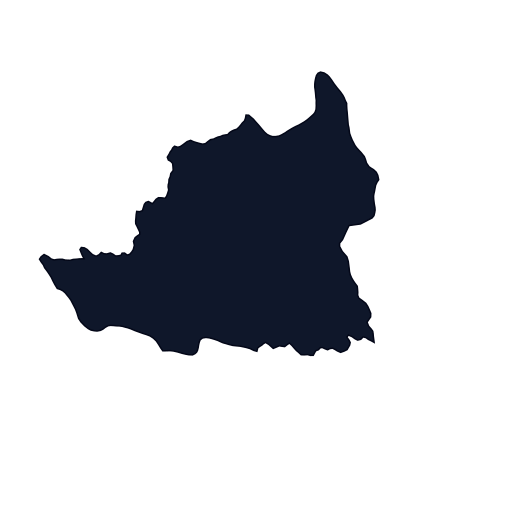 Guapé, Minas Gerais, Brazil (Equal Earth projection), rotated 138°
{"feature_id": "56859067B82067875224037", "entity_name": "Guapé", "entity_type": "district", "adm_level": 2, "iso_a3": "BRA", "parent_name": "Brazil", "parent_adm1": "Minas Gerais", "projection": "equal_earth", "projection_center": [-45.915, -20.744], "detail": "fine", "context": "isolated", "style": "filled", "palette": "ink", "viewbox_px": 512, "rotation_deg": 138, "n_neighbors": 0, "source": "geoboundaries", "source_scale": "gbopen_adm2", "svg_char_len": 4658}
<svg xmlns="http://www.w3.org/2000/svg" viewBox="0 0 512 512"><g transform="rotate(138 256 256)"><path d="M425.4,364.8L423.8,362.1L422.8,359.3L422.4,356.2L422.6,353.4L422.7,350.5L423.1,346.9L423.9,343.9L424.7,340.8L425.7,337.1L427.0,333.8L428.4,330.8L429.6,328.2L430.2,324.0L430.0,318.7L429.2,314.2L428.2,311.4L426.3,308.8L424.3,306.6L421.3,304.8L418.7,304.1L415.8,303.9L412.6,303.2L410.6,301.9L408.4,299.7L406.5,297.6L404.4,295.6L402.3,293.1L400.8,290.7L399.3,288.5L397.6,285.4L395.9,281.7L393.5,277.2L391.9,274.2L390.0,271.0L388.2,267.5L387.2,263.6L386.9,259.5L387.5,255.5L388.3,251.3L388.7,247.9L385.8,245.4L383.2,243.2L381.0,240.8L378.4,237.1L375.9,233.0L373.9,230.1L372.0,227.6L369.3,225.0L366.7,224.3L364.6,224.3L362.7,225.0L360.3,226.6L358.1,228.4L355.8,230.0L353.6,231.1L350.6,230.9L347.7,229.0L345.5,226.5L343.9,224.1L342.4,221.6L340.8,218.7L339.8,216.3L338.5,213.5L337.0,211.2L335.5,208.7L333.1,205.1L330.4,202.1L328.1,199.6L325.9,196.6L324.4,194.5L322.4,191.3L320.8,187.3L319.1,184.6L316.1,186.6L313.5,186.3L311.3,185.9L309.1,185.9L306.7,185.4L305.6,181.6L305.0,175.8L301.8,174.7L298.8,173.7L297.1,171.6L295.3,169.5L292.0,169.3L289.4,168.9L289.1,165.5L289.2,161.5L289.2,158.6L288.8,156.0L288.5,152.4L286.0,150.1L283.6,148.2L282.0,145.7L279.9,143.9L276.9,145.0L274.9,145.6L272.4,144.6L269.4,144.8L267.8,143.4L266.8,140.9L265.5,138.4L263.1,137.8L260.8,136.3L259.8,133.7L259.1,131.2L257.6,127.8L254.2,126.4L251.0,125.5L248.3,126.4L246.1,127.1L243.9,128.7L243.2,131.2L242.8,134.9L240.2,135.4L238.5,131.7L237.8,128.3L236.7,125.5L233.9,124.0L230.5,124.2L228.8,121.6L228.3,118.9L227.1,116.0L226.0,112.8L224.5,115.0L222.5,117.9L220.9,120.0L219.6,122.0L219.3,124.8L219.3,128.4L217.8,132.5L214.6,133.3L211.6,134.0L209.1,136.6L207.9,140.0L206.7,143.7L206.1,147.4L206.9,151.9L207.8,156.0L206.7,158.9L204.7,160.9L202.6,163.6L201.0,165.8L200.7,169.4L200.3,172.4L199.6,175.8L198.5,179.0L197.0,181.8L195.1,184.4L191.0,190.3L189.0,194.6L188.9,201.7L187.5,207.2L185.3,209.6L180.8,210.3L173.5,213.5L166.5,216.4L156.9,209.9L144.2,206.6L141.3,207.1L138.8,208.8L136.8,210.4L135.2,212.4L133.1,215.8L130.5,219.5L128.5,221.9L126.8,223.3L124.7,224.8L122.1,226.8L119.7,228.6L116.7,229.9L113.8,230.6L111.5,234.5L110.6,237.8L110.9,241.5L111.7,244.2L112.3,246.7L111.7,251.1L110.1,254.5L109.0,257.4L108.7,262.7L108.8,265.4L108.8,269.0L108.5,272.0L107.7,275.0L107.0,277.7L105.8,281.1L104.4,284.5L102.6,287.1L101.2,289.1L99.7,291.8L97.8,294.3L96.3,296.3L94.7,298.4L92.7,301.0L90.2,304.4L88.1,307.0L86.5,308.8L85.7,311.7L84.6,314.6L83.9,317.4L83.4,321.5L83.2,326.9L82.8,331.7L82.1,336.5L81.8,340.0L81.9,342.7L82.9,346.4L85.0,349.5L87.6,350.3L90.2,349.7L92.5,348.3L95.2,346.3L97.3,344.4L99.3,342.2L100.7,340.1L102.4,337.7L103.9,335.7L105.5,333.6L107.0,331.4L108.9,329.4L110.7,327.3L113.3,324.7L116.1,323.2L118.4,322.8L121.3,322.8L124.1,322.8L126.9,322.9L130.4,323.3L133.8,324.0L136.6,324.6L139.7,325.6L142.0,326.2L144.1,326.7L146.7,327.2L149.4,327.7L151.6,327.9L153.7,328.4L155.7,328.8L158.6,329.7L161.7,331.7L163.9,333.7L165.3,336.1L166.4,338.9L166.8,342.3L166.7,346.4L166.5,351.6L166.5,356.4L166.4,359.4L166.8,362.3L167.2,365.5L169.1,367.4L171.7,365.4L174.2,364.1L177.1,364.0L179.7,363.5L182.6,363.1L185.5,363.1L188.1,364.3L190.8,365.1L193.2,365.4L195.8,365.1L197.7,366.4L200.0,367.8L202.5,368.6L204.6,369.8L207.2,370.7L209.2,371.2L211.9,372.9L215.5,373.2L218.4,373.3L220.9,374.9L222.7,377.5L224.3,380.0L225.9,382.7L227.2,385.7L230.6,387.1L236.3,387.6L239.0,388.0L241.3,389.1L243.1,392.1L245.7,392.0L247.8,391.1L249.9,390.8L252.1,389.9L255.8,388.8L256.9,386.0L256.0,383.4L256.0,380.6L257.9,378.0L260.3,375.0L264.1,374.3L266.7,372.3L269.4,371.1L271.6,368.9L273.5,367.7L275.1,366.1L276.7,363.5L279.5,361.8L282.3,360.3L284.9,359.7L287.2,362.4L289.5,364.6L292.4,365.0L295.2,364.5L298.0,364.2L299.5,368.5L302.0,369.5L304.4,369.1L306.9,367.6L310.1,365.7L312.8,366.8L314.8,369.0L317.5,366.8L320.0,364.4L322.0,362.6L323.8,360.4L324.5,357.7L325.5,354.4L326.4,351.5L327.9,349.9L330.6,350.3L333.5,350.5L337.2,348.9L339.3,345.3L342.9,342.9L345.7,342.1L348.8,341.8L351.1,342.9L351.7,346.1L353.6,347.7L355.9,346.9L358.3,348.3L360.4,350.0L361.1,353.1L362.2,355.7L365.5,357.3L367.5,359.4L368.6,362.2L371.7,361.9L375.0,362.8L376.6,366.4L376.9,369.6L377.1,373.8L378.1,376.9L380.1,379.2L382.5,378.6L383.4,376.2L384.6,372.8L385.6,369.0L387.4,370.5L389.3,372.1L391.4,373.6L394.2,375.8L396.9,377.1L398.9,379.0L400.5,380.6L402.0,383.0L404.3,385.1L406.2,386.6L408.6,388.1L410.2,390.7L410.8,394.5L412.5,398.9L416.2,399.2L419.0,398.5L419.6,395.1L419.9,391.7L420.9,388.7L421.2,385.0L421.7,381.2L422.4,377.1L423.5,373.5L424.5,369.6L425.4,364.8Z" fill="#0f172a" stroke="#020617" stroke-width="1.5"/></g></svg>